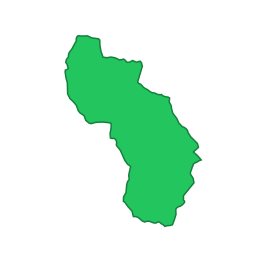 SVG path tracing the border of Singida, rotated 321°
{"feature_id": "TZA-3390", "entity_name": "Singida", "entity_type": "Region", "adm_level": 1, "iso_a3": "TZA", "parent_name": "United Republic of Tanzania", "parent_adm1": "", "projection": "albers", "projection_center": [34.489, -5.65], "detail": "fine", "context": "isolated", "style": "filled", "palette": "green", "viewbox_px": 256, "rotation_deg": 321, "n_neighbors": 0, "source": "natural_earth", "source_scale": "10m", "svg_char_len": 2173}
<svg xmlns="http://www.w3.org/2000/svg" viewBox="0 0 256 256"><g transform="rotate(321 128 128)"><path d="M179.4,83.6L179.6,85.6L178.7,87.4L178.2,88.9L164.6,98.2L164.3,100.0L165.4,101.9L165.6,104.0L165.6,106.1L166.3,108.3L167.3,110.5L168.2,114.3L169.4,116.2L170.9,117.8L171.6,119.5L172.6,121.2L173.4,121.7L174.0,122.4L174.4,122.8L175.0,122.9L175.2,123.8L175.3,124.9L176.7,127.2L178.6,129.2L179.2,130.8L178.0,132.2L176.3,133.7L176.0,136.0L175.5,138.1L174.1,140.2L172.1,144.8L171.9,151.3L170.6,156.3L171.1,161.2L172.2,163.2L172.7,165.4L172.7,167.4L171.8,169.1L171.2,174.2L172.2,183.7L170.6,187.4L163.7,187.8L164.6,193.0L164.8,198.9L162.6,198.2L160.3,197.9L158.0,197.3L155.9,197.2L155.0,198.0L154.0,198.6L152.9,199.0L152.0,199.8L149.6,201.1L147.6,202.8L146.9,208.2L144.8,212.1L128.6,215.5L125.8,218.8L125.9,220.6L124.8,221.5L122.2,221.9L119.6,221.7L117.1,220.8L114.6,220.8L112.7,222.9L111.0,225.3L106.4,228.4L101.6,231.2L99.0,230.0L96.7,228.4L95.6,228.1L94.7,227.6L94.5,225.3L93.5,223.0L93.4,221.4L92.7,220.2L89.5,219.2L88.4,218.1L87.5,216.8L86.2,214.3L84.3,212.5L81.9,211.6L80.6,209.4L80.1,206.3L79.4,203.4L78.1,201.6L76.4,200.2L78.8,195.2L78.5,189.3L78.8,183.4L78.2,182.2L80.9,179.0L81.7,178.5L85.7,177.0L91.4,171.2L93.6,169.6L94.8,169.1L96.1,168.9L96.7,168.5L98.7,165.3L101.9,162.6L105.7,159.7L105.5,157.9L104.9,156.0L105.1,151.4L108.0,140.5L108.0,135.6L108.1,134.5L108.5,133.5L109.9,132.4L111.1,130.0L110.9,127.5L109.2,126.3L108.0,124.8L110.5,121.1L114.1,118.0L116.2,115.9L117.7,113.5L116.5,111.9L111.6,107.0L109.7,105.7L107.9,104.3L105.4,102.8L102.5,101.7L100.9,100.1L100.4,97.7L100.0,95.4L101.6,91.0L101.1,88.8L100.2,86.2L100.2,83.4L102.1,78.0L102.0,73.2L101.4,68.5L102.6,63.4L109.2,54.8L111.6,49.6L114.5,44.7L115.8,43.6L117.5,44.2L119.3,44.0L119.7,42.3L120.2,41.4L120.7,40.4L120.9,37.9L123.0,36.1L126.4,35.2L127.8,33.7L129.4,32.5L131.4,31.9L133.5,31.5L142.9,27.6L143.6,26.4L145.1,25.2L147.1,24.8L150.6,28.0L154.5,30.9L156.5,35.1L161.3,40.2L161.4,41.9L158.2,46.1L155.2,51.5L153.2,57.2L155.7,60.0L159.5,62.2L162.2,65.4L164.3,69.9L168.0,71.7L168.5,73.9L168.5,76.3L170.7,77.8L174.0,78.4L176.1,82.3L179.4,83.6Z" fill="#22c55e" stroke="#15803d" stroke-width="1.5"/></g></svg>